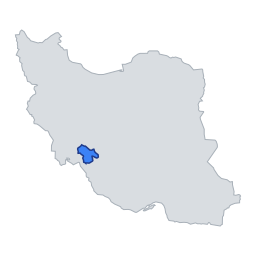 location of Kohgiluyeh and Buyer Ahmad within Iran
{"feature_id": "IRN-3209", "entity_name": "Kohgiluyeh and Buyer Ahmad", "entity_type": "Province", "adm_level": 1, "iso_a3": "IRN", "parent_name": "Iran", "parent_adm1": "", "projection": "albers", "projection_center": [50.792, 30.816], "detail": "fine", "context": "in_parent", "style": "filled", "palette": "blue", "viewbox_px": 256, "rotation_deg": 0, "n_neighbors": 0, "source": "natural_earth", "source_scale": "10m", "svg_char_len": 4283}
<svg xmlns="http://www.w3.org/2000/svg" viewBox="0 0 256 256"><path d="M122.2,64.3L125.3,64.3L130.8,62.3L131.3,61.8L132.8,58.0L134.7,56.3L137.9,54.1L140.0,53.4L147.6,53.3L148.1,51.7L149.3,50.9L157.5,50.9L158.8,52.0L159.4,54.1L166.4,55.6L167.8,56.2L169.6,57.6L171.0,58.0L172.7,57.1L173.8,57.5L175.6,57.0L181.1,58.9L182.0,61.3L183.0,62.3L184.3,63.2L188.7,64.7L190.0,65.7L193.5,69.9L202.0,69.0L202.7,69.9L202.8,71.8L203.7,76.3L203.2,78.0L204.5,79.4L204.6,82.3L205.2,84.2L204.5,87.1L203.5,87.7L204.3,90.1L203.6,92.5L203.8,93.4L202.7,95.5L202.6,96.3L200.3,98.3L202.4,100.9L199.6,101.3L198.1,104.4L198.8,107.8L198.5,109.6L198.9,110.5L199.7,111.2L203.5,111.5L203.7,112.0L200.1,117.3L200.4,119.3L204.2,129.2L204.2,134.3L205.1,139.5L215.0,140.1L216.2,141.3L217.2,144.2L217.4,146.3L217.2,147.5L207.3,161.8L213.6,167.9L214.0,169.4L218.0,175.5L221.5,178.5L227.2,179.8L230.0,182.0L232.4,181.6L232.5,184.9L234.1,191.7L233.7,194.9L235.8,195.3L238.8,194.5L239.9,195.0L240.6,196.1L239.9,196.8L240.3,199.5L239.6,200.2L239.6,202.8L235.0,203.3L230.9,204.9L229.5,206.0L228.8,207.9L227.3,207.9L227.0,208.6L224.1,210.2L223.5,215.5L222.5,216.9L222.3,224.4L221.6,224.6L220.2,226.0L210.7,224.4L209.6,222.7L208.6,222.5L207.4,224.3L202.7,223.7L201.1,224.1L200.1,223.7L197.6,223.8L195.5,222.9L190.5,224.2L187.3,222.6L184.0,222.3L179.9,222.6L176.5,221.4L174.8,222.0L173.9,221.1L169.0,220.5L167.2,217.2L167.0,215.6L165.7,212.8L165.0,208.6L163.8,205.5L161.6,203.1L155.9,201.9L153.0,202.8L150.9,204.4L147.4,205.4L144.8,208.3L143.2,208.2L136.7,212.3L135.3,212.3L130.4,209.8L128.2,209.4L123.7,209.6L121.2,208.0L120.6,206.7L114.7,204.1L111.1,201.7L110.0,199.4L108.4,197.8L105.0,196.4L103.0,195.0L97.6,194.5L93.8,190.8L93.8,189.6L91.6,185.6L91.2,182.7L90.7,181.9L88.8,180.7L88.6,179.9L89.0,178.1L86.5,176.9L86.2,176.0L86.2,173.2L80.5,166.3L79.4,162.5L78.4,162.3L73.3,164.8L71.8,163.4L67.4,160.9L66.8,160.0L67.9,159.5L69.0,160.0L69.7,159.5L69.4,158.6L68.3,158.1L66.8,158.1L67.2,158.9L65.8,159.6L65.5,160.6L65.7,163.4L65.1,164.2L62.8,164.6L61.3,165.5L60.0,164.4L59.6,162.4L58.8,161.0L57.6,160.5L56.7,159.2L55.1,158.5L55.3,151.3L51.4,151.0L51.5,145.5L53.4,140.2L49.9,135.2L48.3,131.4L47.4,130.7L45.5,130.7L39.3,125.5L37.1,124.1L34.1,123.6L33.8,121.8L34.6,119.9L33.3,117.3L32.9,116.5L31.7,116.1L31.8,114.5L30.2,114.6L27.4,110.0L26.5,109.3L28.3,106.1L27.3,103.3L28.1,101.0L29.6,101.2L30.2,98.2L33.1,95.2L35.6,93.9L35.8,93.0L35.4,91.2L34.0,89.1L34.3,87.3L34.8,86.4L37.4,85.5L37.5,85.2L36.3,84.5L32.0,84.3L29.7,82.0L27.5,81.4L26.4,76.7L26.0,76.1L25.0,75.9L24.4,75.0L24.2,71.9L22.7,70.4L21.7,65.8L21.7,64.7L22.1,63.7L19.8,61.6L19.6,58.6L20.2,57.9L17.5,55.5L16.3,55.3L16.2,55.0L18.3,50.4L19.1,49.3L17.5,48.5L17.7,46.2L17.3,44.2L17.6,42.4L16.6,41.0L16.4,40.2L16.8,38.2L15.8,37.1L15.4,34.9L19.3,34.6L20.2,31.3L21.7,30.0L24.1,31.7L27.3,37.3L29.3,38.9L30.7,40.8L38.1,43.0L39.7,42.5L42.2,42.7L45.6,39.5L47.1,39.1L50.9,35.9L55.7,33.0L58.1,32.6L61.5,36.5L59.4,37.7L59.1,38.6L59.3,39.6L60.8,40.6L61.0,41.7L60.5,42.2L58.4,42.8L57.8,43.9L60.0,45.7L61.0,47.2L62.2,47.6L64.1,50.0L67.1,49.7L67.6,55.4L69.2,60.2L72.4,62.3L80.7,63.9L81.6,64.8L83.0,67.4L85.1,69.2L91.6,72.9L98.7,74.6L103.4,74.5L120.8,69.9L122.4,69.9L119.8,71.0L120.8,71.5L123.0,71.4L123.5,71.0L123.6,70.3L122.2,64.3ZM154.0,205.8L153.0,207.5L151.3,209.0L150.0,208.6L144.9,210.9L143.5,210.8L143.3,210.2L148.9,207.6L149.1,206.9L148.8,205.7L150.6,206.2L152.6,205.1L154.3,204.7L155.1,205.4L154.0,205.8Z" fill="#d9dde1" stroke="#a8b0b8" stroke-width="1"/><path d="M94.0,149.3L94.1,150.2L94.8,151.9L96.1,153.2L97.7,154.4L98.0,154.6L98.3,156.3L98.3,157.0L98.0,157.4L97.4,157.8L96.7,158.0L95.5,157.6L95.0,157.4L94.8,157.0L94.5,157.0L93.1,156.3L92.1,156.1L92.0,156.3L92.2,157.4L92.5,158.5L92.6,158.8L92.4,159.1L92.5,159.4L92.8,159.9L92.8,160.6L92.5,161.1L89.4,163.0L88.9,163.1L86.9,162.9L85.7,163.2L85.7,163.3L85.5,163.1L85.0,162.7L83.7,162.2L83.5,160.1L83.2,159.2L82.9,158.7L82.8,158.0L83.5,156.4L83.3,155.7L82.6,155.2L81.5,154.6L80.6,153.7L80.1,153.1L78.1,153.3L78.0,153.0L78.1,152.6L78.2,152.1L78.3,151.9L78.2,151.4L77.7,149.4L77.7,148.6L77.9,148.2L78.2,147.8L78.6,147.5L79.5,147.1L80.9,145.9L81.7,144.8L82.5,145.3L84.6,146.2L85.2,146.1L85.5,146.2L89.9,150.1L90.3,150.1L91.7,150.2L92.3,149.9L92.9,149.4L93.6,149.2L94.0,149.3Z" fill="#3b82f6" stroke="#1e3a8a" stroke-width="1.5"/></svg>